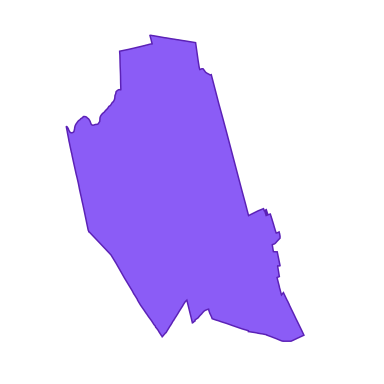 Valeni, Olt, Romania, rotated 100°
{"feature_id": "2599482B13933733442001", "entity_name": "Valeni", "entity_type": "district", "adm_level": 2, "iso_a3": "ROU", "parent_name": "Romania", "parent_adm1": "Olt", "projection": "robinson", "projection_center": [24.773, 44.228], "detail": "fine", "context": "isolated", "style": "filled", "palette": "violet", "viewbox_px": 384, "rotation_deg": 100, "n_neighbors": 0, "source": "geoboundaries", "source_scale": "gbopen_adm2", "svg_char_len": 5927}
<svg xmlns="http://www.w3.org/2000/svg" viewBox="0 0 384 384"><g transform="rotate(100 192 192)"><path d="M249.1,286.8L249.3,286.1L259.5,272.3L268.0,260.9L275.7,254.1L288.4,243.6L299.7,233.7L302.7,231.4L302.8,231.2L307.2,227.2L307.6,227.1L309.3,225.7L312.4,223.0L316.6,218.8L319.5,216.0L320.3,215.1L321.5,214.0L322.9,212.6L323.8,211.6L324.8,210.6L325.6,209.7L328.2,207.3L329.2,206.4L329.5,206.0L330.1,205.2L330.3,205.0L331.5,204.3L331.7,204.0L332.1,203.5L332.6,202.9L333.5,202.0L334.2,201.2L334.6,200.9L335.5,200.2L335.8,199.9L336.0,199.7L337.0,198.8L337.8,198.0L338.2,197.7L338.5,197.4L339.1,196.7L339.4,196.4L339.7,196.2L338.2,195.2L337.3,194.8L336.3,194.1L335.7,193.8L335.4,193.7L335.2,193.4L335.1,193.2L334.8,193.1L334.4,192.9L334.1,192.8L332.5,192.2L332.0,192.0L330.0,191.2L328.3,190.6L327.8,190.3L327.1,190.0L325.1,189.2L324.0,188.8L322.9,188.5L322.7,188.4L321.5,187.7L320.6,187.5L319.9,187.1L319.6,187.0L319.2,186.9L317.4,186.1L315.4,185.3L314.2,184.8L312.8,184.3L312.4,184.1L312.0,184.0L308.4,182.5L308.0,182.4L307.5,182.1L307.2,182.0L305.5,181.3L304.5,181.0L303.1,180.4L302.0,180.0L300.5,179.1L299.4,178.3L301.0,177.6L310.5,173.4L315.9,171.0L320.8,168.9L320.6,168.6L320.2,168.1L319.8,167.9L319.5,167.7L318.6,166.7L318.4,166.6L318.2,166.6L317.8,166.8L317.5,166.7L317.4,166.7L316.7,166.0L315.7,165.0L315.3,164.5L314.6,164.0L314.3,163.8L313.6,163.5L312.8,163.0L312.3,162.7L310.7,161.6L310.3,161.3L309.5,160.9L309.0,160.6L307.6,159.7L307.1,159.3L306.9,159.1L306.4,158.6L306.0,158.0L305.0,156.4L304.5,155.3L305.5,154.9L306.0,154.7L308.7,153.2L309.0,152.9L311.3,151.3L311.8,151.0L313.0,150.3L313.3,150.1L313.5,148.8L313.9,146.3L314.0,145.7L314.1,144.3L314.3,143.0L314.5,141.8L314.7,140.8L314.7,140.5L314.8,140.1L315.0,138.4L315.4,135.3L315.8,132.9L316.5,128.9L318.1,118.9L318.6,114.1L318.8,113.1L318.8,112.4L319.7,112.2L319.6,111.1L319.6,109.2L319.5,105.7L319.5,103.7L319.6,102.8L319.6,101.4L319.6,100.2L319.6,99.2L319.5,98.5L319.6,95.1L319.6,94.5L319.6,93.8L319.9,93.7L320.7,89.1L321.3,86.1L321.8,83.5L322.2,81.8L322.6,80.0L323.1,77.6L323.1,77.1L323.1,76.5L322.8,74.6L321.9,69.4L321.8,68.9L321.7,68.5L320.4,66.6L319.1,64.8L318.5,63.9L317.8,63.0L316.9,61.6L316.0,60.4L315.2,59.2L313.6,56.9L313.3,57.1L309.6,59.7L302.3,65.0L298.1,68.1L295.8,69.7L291.4,72.9L290.2,73.8L288.2,75.2L286.7,76.3L285.5,77.0L284.6,77.7L283.0,78.8L282.2,79.5L275.2,84.5L277.8,86.0L276.2,86.8L274.4,87.6L272.2,88.6L271.5,89.0L270.8,89.3L269.9,89.6L265.7,91.5L262.6,92.9L261.4,93.4L260.7,92.2L260.4,91.7L260.1,91.3L255.2,93.0L250.2,94.8L249.9,94.8L249.8,94.2L249.7,93.7L249.5,92.7L249.3,92.5L249.2,92.5L236.1,97.7L236.4,99.4L236.6,101.5L230.0,103.8L229.4,103.0L228.8,101.8L228.4,101.4L227.8,100.9L225.5,99.5L224.0,98.5L222.2,97.3L221.0,97.5L220.3,97.6L217.8,98.5L216.7,99.1L216.2,99.3L217.0,100.4L217.8,101.9L217.4,102.2L214.6,103.7L213.9,104.0L212.6,104.7L209.9,106.0L208.7,106.6L205.8,108.1L205.1,108.4L203.7,109.2L202.4,109.8L201.8,110.2L201.1,110.5L200.1,111.1L200.5,111.8L201.3,113.3L196.5,115.8L197.4,116.9L202.0,114.4L202.3,114.9L197.7,117.2L197.9,117.6L196.0,118.7L199.1,123.7L205.4,132.2L202.4,133.6L199.6,134.9L197.8,135.7L194.3,137.3L180.0,144.0L126.4,168.7L112.5,175.2L100.7,180.8L73.1,193.4L73.5,194.0L73.5,194.6L72.9,196.3L72.4,197.9L71.7,199.4L68.8,202.4L68.8,203.1L69.1,204.1L70.1,205.5L69.9,205.7L67.6,206.7L61.8,208.7L44.3,214.4L44.3,214.9L44.3,216.5L44.4,225.1L44.5,228.2L44.5,229.8L44.5,230.7L44.5,232.0L44.6,233.3L44.6,234.5L44.6,235.5L44.7,239.5L44.7,243.5L44.7,244.2L44.7,244.6L44.8,245.0L44.8,245.5L44.8,246.2L44.8,247.7L44.8,249.8L44.8,253.1L44.8,254.6L44.8,256.5L44.8,257.5L44.9,258.2L44.8,258.9L44.9,259.9L44.9,260.2L44.9,260.3L45.1,260.6L47.3,259.6L48.5,259.0L50.1,258.3L53.0,257.0L53.4,258.1L53.5,258.5L53.8,259.2L54.3,260.4L54.7,261.1L55.4,262.8L56.0,264.0L56.4,265.0L56.7,265.7L57.0,266.3L62.5,279.1L65.9,287.7L66.9,287.5L69.6,286.8L80.5,284.6L87.4,283.1L90.3,282.5L97.1,281.2L102.3,280.1L103.7,279.9L103.8,280.1L103.8,280.6L103.8,281.4L103.8,281.5L104.0,281.9L104.2,282.3L104.5,282.6L104.9,283.0L105.1,283.2L105.8,283.8L106.0,283.9L106.3,284.1L106.5,284.2L106.8,284.2L107.0,284.2L107.3,284.2L107.7,284.1L108.0,284.2L108.5,284.2L110.0,284.5L110.7,284.6L111.3,284.5L113.8,284.3L114.0,284.5L114.6,284.5L115.2,284.6L115.7,284.8L116.2,285.0L116.8,285.2L117.0,285.3L117.2,285.5L117.3,285.8L117.6,286.0L118.3,286.3L118.6,286.4L119.1,286.6L120.1,287.0L120.4,287.1L121.2,287.6L121.3,287.8L121.6,288.0L121.9,288.5L122.1,288.6L122.3,288.8L123.1,289.1L124.1,289.5L124.4,289.7L125.4,290.3L126.1,290.9L126.5,291.1L127.4,291.7L128.1,292.0L128.6,292.3L129.4,293.0L129.9,293.5L130.6,294.0L131.0,294.2L131.7,294.6L132.3,294.9L132.9,295.1L133.4,295.3L134.2,295.4L135.0,295.5L135.8,295.4L136.6,295.3L137.1,295.2L137.8,295.2L138.4,295.1L138.8,295.2L140.6,296.0L141.3,296.4L141.6,296.6L141.8,297.0L142.0,297.5L142.0,298.0L142.1,298.4L142.3,298.9L142.6,299.5L142.9,300.0L143.2,300.4L143.3,300.9L143.5,301.3L143.4,301.8L143.2,302.4L142.9,302.8L142.5,303.2L142.0,303.6L141.0,304.1L140.0,304.7L139.0,305.5L138.3,306.2L137.9,306.6L137.3,307.9L136.8,308.5L136.6,308.9L136.4,309.4L136.3,310.5L136.4,311.5L136.5,311.8L136.6,312.1L136.9,312.3L137.4,312.5L137.8,312.7L138.1,313.0L138.4,313.5L139.2,314.3L140.1,314.8L140.6,315.2L141.1,315.8L141.7,316.3L142.6,316.8L143.9,317.4L145.4,318.1L146.4,318.4L147.3,318.6L148.6,318.7L149.2,318.7L150.3,318.6L151.4,318.7L152.3,318.7L153.2,318.9L153.6,319.1L154.3,320.0L154.6,320.8L154.7,321.4L154.6,321.7L154.4,322.3L154.0,322.8L152.5,324.1L151.5,324.6L150.6,325.3L149.7,326.1L149.3,326.8L149.5,327.1L149.9,327.0L152.5,326.0L154.0,325.4L155.2,325.0L161.2,322.7L163.2,322.0L164.8,321.3L167.4,320.3L172.1,318.4L174.3,317.5L174.7,317.2L176.7,316.5L183.1,313.9L191.8,310.3L194.7,309.1L197.8,307.7L203.5,305.3L209.0,303.2L214.1,301.1L217.2,299.8L220.0,298.7L221.2,298.2L222.8,297.5L223.3,297.3L229.0,295.0L247.6,287.6L248.0,287.3L248.5,286.9L249.1,286.8Z" fill="#8b5cf6" stroke="#5b21b6" stroke-width="1.5"/></g></svg>